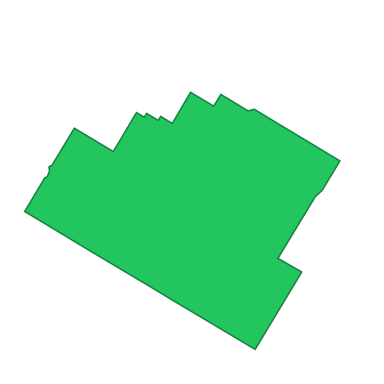 Marion, Mississippi, United States of America, rotated 121°
{"feature_id": "52423323B28506543245034", "entity_name": "Marion", "entity_type": "district", "adm_level": 2, "iso_a3": "USA", "parent_name": "United States of America", "parent_adm1": "Mississippi", "projection": "orthographic", "projection_center": [-89.839, 31.217], "detail": "fine", "context": "isolated", "style": "filled", "palette": "green", "viewbox_px": 384, "rotation_deg": 121, "n_neighbors": 0, "source": "geoboundaries", "source_scale": "gbopen_adm2", "svg_char_len": 649}
<svg xmlns="http://www.w3.org/2000/svg" viewBox="0 0 384 384"><g transform="rotate(121 192 192)"><path d="M132.5,83.9L123.5,81.3L89.2,81.2L89.1,117.7L89.1,157.7L89.0,181.3L93.6,185.7L93.5,217.5L107.2,217.6L107.3,244.6L143.4,244.2L143.3,257.8L148.0,257.8L148.0,271.4L152.5,271.4L152.5,280.5L197.9,280.3L197.9,325.7L198.1,325.7L203.9,325.7L208.3,325.7L242.3,325.8L242.6,326.9L242.9,327.2L244.2,327.3L245.2,326.9L246.3,325.6L248.1,324.8L253.1,324.0L254.6,324.5L255.4,325.5L294.9,325.4L295.0,247.4L294.8,194.8L294.7,183.9L294.8,150.6L294.4,56.8L285.5,56.8L204.1,56.7L204.6,84.2L132.5,83.9Z" fill="#22c55e" stroke="#15803d" stroke-width="1.5"/></g></svg>